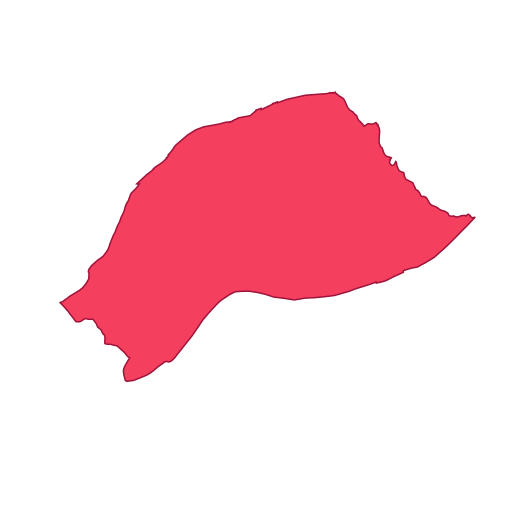 outline of Salamina, Magdalena, Colombia, rotated 222°
{"feature_id": "7082276B98588202039257", "entity_name": "Salamina", "entity_type": "district", "adm_level": 2, "iso_a3": "COL", "parent_name": "Colombia", "parent_adm1": "Magdalena", "projection": "equal_earth", "projection_center": [-74.703, 10.525], "detail": "fine", "context": "isolated", "style": "filled", "palette": "rose", "viewbox_px": 512, "rotation_deg": 222, "n_neighbors": 0, "source": "geoboundaries", "source_scale": "gbopen_adm2", "svg_char_len": 5939}
<svg xmlns="http://www.w3.org/2000/svg" viewBox="0 0 512 512"><g transform="rotate(222 256 256)"><path d="M119.1,431.6L119.7,430.5L120.4,429.7L121.0,429.2L122.3,428.9L123.5,428.9L123.6,429.3L125.6,429.3L126.3,428.9L126.9,426.0L127.4,426.1L128.1,425.8L129.8,424.0L130.6,422.9L131.7,420.8L132.2,419.9L134.6,418.4L136.0,418.0L136.4,417.4L137.6,416.2L139.0,415.4L139.4,415.2L139.7,415.2L139.9,415.3L141.0,415.9L142.1,416.2L142.6,416.2L144.6,415.8L146.3,415.3L147.9,414.4L150.6,413.5L152.3,413.4L154.4,413.2L159.6,411.3L162.4,411.2L164.5,412.2L166.3,412.6L167.3,413.1L168.8,413.3L170.3,412.9L171.3,412.5L172.1,411.6L172.7,411.2L173.1,411.1L174.4,411.4L177.0,412.5L178.0,412.6L179.1,412.9L182.4,412.4L183.2,413.1L188.5,415.3L194.3,413.8L195.2,413.5L196.1,413.4L197.7,413.9L199.0,414.6L201.3,416.4L202.0,416.7L202.6,416.7L203.8,415.9L205.5,415.5L206.0,415.3L206.3,415.3L207.4,415.4L210.0,416.5L212.3,417.7L212.9,418.4L214.5,419.6L215.4,419.7L214.8,417.7L214.5,416.8L214.6,416.1L214.7,415.4L215.1,414.7L215.9,414.1L216.4,414.0L217.0,414.2L217.5,414.1L218.1,414.3L218.4,414.3L219.2,414.9L219.9,415.7L220.0,415.7L220.2,416.4L220.4,416.7L220.4,417.3L221.0,417.3L221.1,418.2L221.0,418.8L221.0,419.5L221.5,419.5L224.9,417.8L225.9,417.4L226.5,417.4L228.0,417.5L229.4,417.9L229.9,418.1L234.3,420.6L235.0,420.7L236.9,420.7L239.3,422.0L240.3,422.6L241.6,423.9L243.7,426.6L245.2,428.3L245.5,428.9L248.0,431.9L249.4,433.0L250.7,433.8L252.1,434.4L253.2,435.0L254.0,435.7L253.6,434.6L255.2,435.1L255.2,435.3L256.0,435.6L256.0,435.9L256.6,434.1L257.1,433.0L257.8,431.9L258.8,431.0L259.4,430.7L259.8,430.4L260.2,430.0L261.3,429.4L262.4,424.8L266.4,425.5L267.7,425.4L268.3,425.7L268.7,425.6L270.1,425.5L271.0,425.7L271.9,426.1L272.6,426.3L274.9,427.6L277.5,427.5L280.7,427.9L281.8,427.6L283.6,427.3L286.5,427.5L287.9,428.0L292.3,430.0L294.1,430.8L295.4,431.2L295.8,431.4L297.3,431.4L297.9,431.3L299.0,431.1L299.4,430.9L300.3,430.9L301.0,430.5L302.5,430.6L303.1,430.6L304.1,430.5L304.6,430.5L305.2,430.3L305.9,430.4L306.2,430.3L306.5,430.4L306.8,430.6L306.8,430.3L307.9,428.4L308.3,428.8L308.8,428.1L309.1,427.9L309.3,427.5L309.3,427.4L309.5,427.1L310.0,426.7L310.3,426.9L311.4,424.9L312.0,424.1L314.0,421.9L315.3,420.7L326.8,408.6L327.4,407.8L332.3,400.9L333.3,399.5L337.1,394.2L337.8,393.2L342.5,384.3L343.2,384.9L343.7,383.7L343.9,382.9L344.1,383.1L344.2,382.8L344.1,382.6L345.0,381.3L344.9,381.2L345.2,380.7L345.4,380.9L345.7,380.3L345.7,380.2L345.3,379.8L346.0,378.1L349.7,369.2L350.2,368.2L351.0,369.1L352.1,367.2L353.7,364.3L353.2,363.7L353.3,363.4L353.1,363.1L353.5,362.1L353.6,361.4L354.1,356.8L354.4,356.1L361.3,347.2L361.8,346.1L362.5,344.1L363.1,342.9L363.7,341.1L363.9,340.7L364.1,340.6L364.0,340.4L363.7,340.0L365.1,338.0L365.4,338.2L366.2,337.0L367.6,335.6L368.3,334.7L370.8,330.8L371.5,329.7L381.2,317.1L384.8,310.3L385.4,308.8L387.8,300.2L389.7,285.8L389.8,284.0L389.8,282.9L389.2,279.4L389.0,277.0L388.9,274.8L388.8,273.1L389.0,273.1L388.9,272.2L388.4,272.1L388.1,272.0L388.1,270.9L388.3,269.2L388.2,269.2L387.7,269.1L387.9,267.7L388.0,265.1L388.2,263.8L388.2,263.6L388.3,262.6L388.6,261.8L388.5,261.6L389.1,259.3L389.2,259.0L389.8,256.7L390.0,255.9L390.0,255.7L390.4,254.7L390.6,252.1L390.3,252.1L390.3,251.2L390.6,249.0L391.6,243.7L392.9,229.8L392.3,230.2L391.0,231.4L390.6,229.4L390.5,227.8L390.4,226.5L390.4,225.1L390.5,223.0L390.6,221.8L390.7,219.2L390.5,218.3L390.4,217.8L388.5,213.1L388.1,212.4L387.8,211.2L387.5,209.5L387.1,207.5L386.1,205.1L385.2,203.3L384.4,201.8L383.7,200.0L382.9,197.4L382.6,196.3L382.6,196.0L382.1,194.4L380.4,190.5L380.1,189.6L379.7,187.9L378.6,184.2L378.2,183.3L378.1,182.8L377.6,181.8L377.0,180.2L376.4,178.4L375.9,176.1L374.0,170.8L373.7,170.1L372.5,166.8L372.3,166.4L371.7,165.6L371.5,164.6L370.9,163.5L370.3,161.4L370.1,160.2L369.9,158.9L369.6,155.7L369.5,154.5L369.5,153.7L369.8,151.6L370.1,150.0L370.4,149.2L370.9,146.5L371.7,139.8L371.7,139.1L371.7,138.2L371.4,136.4L371.5,135.9L371.4,134.8L371.0,133.7L370.5,132.7L370.0,132.1L369.9,132.0L369.2,131.9L368.7,131.6L366.4,128.8L365.7,128.0L365.3,127.6L364.8,126.6L364.6,125.2L364.1,123.2L363.7,120.5L363.7,117.9L363.6,117.2L363.6,116.3L363.8,115.0L363.9,114.6L364.1,113.0L364.4,111.7L365.0,110.1L365.3,108.6L365.6,107.6L365.8,107.2L366.3,105.3L366.6,104.7L367.0,103.0L367.5,101.3L367.7,100.4L367.8,99.7L367.9,98.6L368.0,97.7L368.6,96.0L368.8,95.0L368.9,94.0L369.0,93.5L369.1,92.9L369.2,92.4L369.4,91.9L369.7,91.5L370.3,90.9L370.4,90.7L370.4,90.2L369.5,90.2L363.9,89.8L360.4,89.3L359.5,89.3L358.4,89.1L357.2,88.8L356.1,88.5L352.6,88.0L346.6,86.8L346.3,86.8L345.8,86.8L344.1,88.1L343.1,89.1L343.0,89.3L342.4,90.5L342.1,91.6L341.7,93.5L341.0,94.9L340.7,95.5L340.4,95.7L338.5,96.7L338.0,97.0L335.2,99.6L334.9,99.8L334.4,99.8L333.8,99.7L332.4,99.4L331.2,99.2L329.3,98.8L326.3,97.3L325.9,97.2L323.4,97.4L321.9,97.4L321.2,97.2L319.0,96.2L317.7,95.8L317.1,95.7L315.8,95.8L315.0,95.4L314.4,95.0L314.0,94.7L310.2,90.2L309.8,89.9L309.6,89.9L309.2,89.9L308.7,90.2L306.6,91.5L305.3,92.9L304.7,93.2L302.2,94.4L301.6,94.8L300.1,95.7L298.6,96.3L297.6,96.3L288.7,96.2L288.1,96.1L286.5,95.7L284.4,95.5L283.2,95.5L281.8,95.9L280.9,91.3L279.8,86.2L278.8,83.6L277.6,81.8L275.0,79.5L269.9,76.1L268.3,76.3L264.2,81.0L263.2,82.6L262.2,84.7L259.1,90.9L257.7,94.0L256.6,97.0L256.1,98.9L255.6,101.4L254.7,108.2L253.0,116.0L252.0,117.9L250.4,118.5L249.4,119.5L248.7,121.4L248.4,123.8L248.3,126.3L248.6,129.2L250.1,153.8L251.7,165.9L252.2,169.0L252.7,172.9L253.0,181.7L253.0,187.7L252.8,195.8L252.2,200.3L249.7,209.9L247.5,215.5L243.3,219.9L237.8,225.1L230.3,230.0L223.6,233.7L215.3,237.4L206.7,243.4L198.1,249.0L191.4,257.5L184.2,264.6L179.5,269.8L174.2,275.7L171.1,279.4L163.4,291.7L160.0,298.3L152.5,311.0L149.3,317.0L148.5,316.3L145.0,321.2L143.0,324.5L139.9,332.6L135.6,342.5L136.7,343.5L135.9,345.1L132.6,350.6L128.7,355.8L125.4,365.1L122.7,374.0L120.9,390.5L120.4,399.0L120.0,407.9L119.3,423.1L119.2,428.8L119.1,431.6Z" fill="#f43f5e" stroke="#9f1239" stroke-width="1.5"/></g></svg>